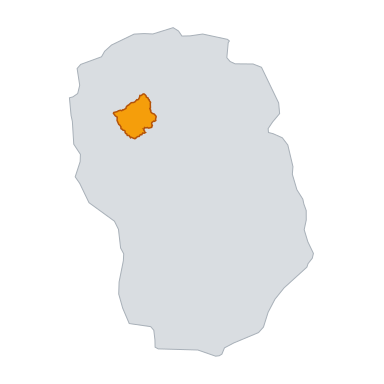 Demir Hisar, Demir Hisar, North Macedonia shown in context, rotated 88°
{"feature_id": "65306769B51033238442002", "entity_name": "Demir Hisar", "entity_type": "district", "adm_level": 2, "iso_a3": "MKD", "parent_name": "North Macedonia", "parent_adm1": "Demir Hisar", "projection": "robinson", "projection_center": [21.142, 41.259], "detail": "fine", "context": "in_parent", "style": "filled", "palette": "amber", "viewbox_px": 384, "rotation_deg": 88, "n_neighbors": 0, "source": "geoboundaries", "source_scale": "gbopen_adm2", "svg_char_len": 2324}
<svg xmlns="http://www.w3.org/2000/svg" viewBox="0 0 384 384"><g transform="rotate(88 192 192)"><path d="M170.7,90.3L177.8,91.1L193.4,87.1L203.0,81.5L208.0,80.6L214.5,78.5L224.0,78.8L233.6,81.2L245.7,78.0L257.6,72.8L262.4,74.1L267.6,78.5L271.1,79.8L291.0,103.3L302.0,112.8L314.8,120.1L329.5,125.3L334.8,130.4L344.3,155.5L348.9,165.0L355.1,167.8L356.6,170.5L356.9,174.1L350.1,191.7L347.6,231.2L345.8,234.3L338.5,234.2L328.8,235.0L325.1,238.0L321.3,259.3L305.7,265.3L291.4,268.8L279.4,268.0L258.3,263.0L251.4,262.4L245.5,265.3L226.7,266.8L218.5,270.5L199.1,295.3L179.5,303.9L172.8,308.2L157.7,302.7L150.5,302.2L140.1,308.5L117.3,309.1L111.2,310.2L93.6,311.2L92.8,307.8L89.6,302.8L81.4,300.5L64.6,302.5L60.6,298.8L53.7,277.7L48.3,274.4L42.3,267.3L32.2,244.4L32.0,234.4L32.7,225.6L27.1,205.1L30.6,199.9L35.8,196.6L35.9,188.4L34.5,175.8L40.7,151.2L42.4,149.4L44.0,150.6L59.0,152.5L62.9,149.4L65.4,144.5L66.2,126.5L69.8,118.2L106.0,102.3L116.7,101.7L124.8,109.0L131.3,113.7L135.2,113.5L136.6,108.8L141.0,99.8L148.4,94.6L170.4,90.2L170.7,90.3Z" fill="#d9dde1" stroke="#a8b0b8" stroke-width="1"/><path d="M100.6,249.2L100.6,249.6L103.1,252.6L103.3,253.5L105.0,254.9L106.1,255.0L106.7,256.1L107.6,257.9L107.4,258.3L108.3,259.4L107.8,260.7L108.3,262.7L109.1,264.1L109.8,267.4L110.6,267.8L113.2,266.0L114.6,264.1L117.9,264.4L122.0,262.8L122.4,262.0L124.3,260.8L126.0,260.8L126.5,260.5L126.8,259.6L127.7,259.0L128.3,257.1L129.6,256.6L130.3,256.8L131.4,255.9L131.5,255.3L133.2,254.7L133.4,252.8L135.6,251.6L135.1,251.0L136.7,247.6L136.4,247.1L136.6,246.8L136.2,246.3L136.7,246.2L135.9,246.1L134.7,244.4L134.6,242.8L132.9,241.7L133.0,240.2L131.3,239.2L131.6,237.8L131.0,236.5L130.6,237.1L129.5,237.2L128.6,238.0L127.6,237.8L127.3,238.2L127.2,237.6L125.9,237.2L126.3,236.0L126.0,234.2L126.6,233.5L126.6,232.6L126.0,230.1L125.3,229.7L124.8,230.0L124.1,229.3L122.4,230.0L121.2,229.8L119.8,227.8L120.1,227.1L119.3,225.7L117.9,225.9L115.6,225.2L114.8,225.4L112.7,227.1L112.0,229.0L110.4,230.5L109.3,230.3L108.9,230.7L107.8,230.6L107.4,231.3L107.0,231.3L106.2,230.6L102.2,230.6L100.9,230.3L99.0,231.6L98.3,231.6L97.7,232.3L96.4,232.7L95.6,234.3L94.0,234.7L92.4,236.3L92.3,237.4L93.8,239.4L93.7,240.7L95.7,241.2L97.4,242.2L98.0,243.0L97.8,243.9L100.0,246.0L100.5,247.3L100.6,249.2Z" fill="#f59e0b" stroke="#b45309" stroke-width="1.5"/></g></svg>